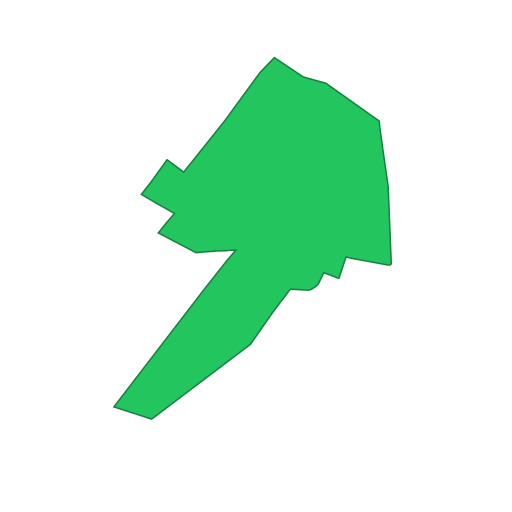 the district of Gwanda Urban, Matabeleland South, Zimbabwe, rotated 291°
{"feature_id": "62879985B63510140227201", "entity_name": "Gwanda Urban", "entity_type": "district", "adm_level": 2, "iso_a3": "ZWE", "parent_name": "Zimbabwe", "parent_adm1": "Matabeleland South", "projection": "natural_earth1", "projection_center": [28.998, -20.935], "detail": "fine", "context": "isolated", "style": "filled", "palette": "green", "viewbox_px": 512, "rotation_deg": 291, "n_neighbors": 0, "source": "geoboundaries", "source_scale": "gbopen_adm2", "svg_char_len": 889}
<svg xmlns="http://www.w3.org/2000/svg" viewBox="0 0 512 512"><g transform="rotate(291 256 256)"><path d="M269.4,145.0L267.6,157.4L267.1,160.3L266.4,164.6L255.0,160.5L242.5,156.5L237.6,198.8L241.7,207.2L243.6,211.3L245.0,214.4L246.7,217.6L247.6,220.0L248.3,221.6L249.1,223.3L249.7,225.0L250.7,227.2L251.8,229.3L254.2,235.0L241.7,230.6L225.0,225.4L207.4,219.9L64.2,177.4L66.3,217.0L171.6,282.5L208.5,291.6L237.3,299.9L238.0,302.1L240.5,309.8L240.7,310.5L243.0,317.3L244.1,319.1L246.7,321.1L249.4,323.0L252.3,324.2L264.7,325.3L264.8,341.4L287.4,340.4L288.0,345.7L294.9,382.5L295.7,384.4L296.2,384.8L297.2,385.1L368.0,354.6L419.8,325.8L426.1,322.8L442.3,259.5L442.3,259.4L440.1,235.9L447.8,202.0L434.2,196.3L429.1,194.1L414.5,190.1L370.5,178.2L308.6,158.5L308.4,158.4L314.0,138.5L293.3,133.0L289.3,132.0L272.4,126.9L269.4,145.0Z" fill="#22c55e" stroke="#15803d" stroke-width="1.5"/></g></svg>